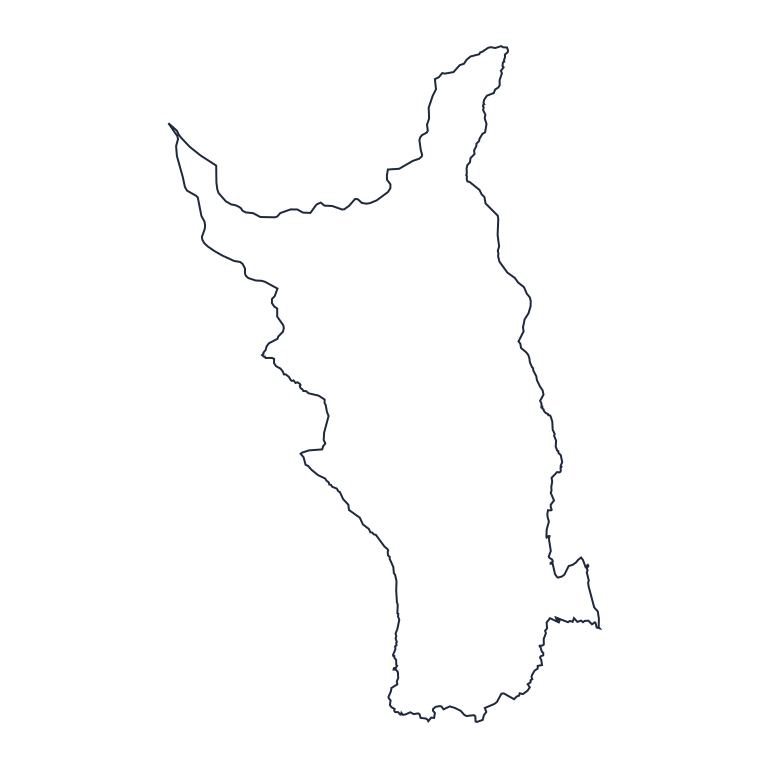 Duitama, Boyacá, Colombia (Robinson projection)
{"feature_id": "7082276B48386151421369", "entity_name": "Duitama", "entity_type": "district", "adm_level": 2, "iso_a3": "COL", "parent_name": "Colombia", "parent_adm1": "Boyacá", "projection": "robinson", "projection_center": [-73.056, 5.897], "detail": "fine", "context": "isolated", "style": "outline", "palette": "slate", "viewbox_px": 768, "rotation_deg": 0, "n_neighbors": 0, "source": "geoboundaries", "source_scale": "gbopen_adm2", "svg_char_len": 6088}
<svg xmlns="http://www.w3.org/2000/svg" viewBox="0 0 768 768"><path d="M507.8,52.1L508.0,50.3L507.0,47.5L503.1,47.3L501.1,46.1L495.3,48.0L490.9,47.2L488.3,47.7L482.2,51.8L480.2,52.4L479.3,54.2L470.5,56.5L466.6,59.7L464.0,63.7L459.7,65.2L453.5,72.1L444.9,73.6L442.2,73.1L438.9,77.2L434.9,79.1L436.0,89.3L432.7,95.8L428.7,107.7L429.1,118.5L427.0,124.8L427.8,130.6L426.7,132.6L421.9,135.2L420.1,137.6L419.4,140.2L420.8,150.2L422.1,154.8L421.7,156.5L419.2,158.7L412.8,160.9L399.1,168.8L387.9,169.5L386.9,175.3L387.0,179.7L390.4,184.3L390.4,188.2L387.9,192.1L376.6,200.4L370.1,203.1L366.5,203.7L361.8,202.9L357.9,199.3L355.2,198.9L348.9,206.0L344.2,209.3L342.1,209.5L332.2,206.0L324.4,205.6L320.7,202.6L316.5,204.5L310.4,212.9L303.0,212.6L297.4,209.5L290.6,209.4L280.2,213.1L277.3,216.5L274.9,217.3L260.3,217.0L253.2,213.2L245.7,212.4L242.5,210.7L241.1,208.4L239.1,206.9L235.4,205.2L231.2,204.4L225.8,201.3L218.6,193.1L217.3,189.4L216.4,182.4L216.2,165.6L200.6,155.5L189.9,147.0L180.9,137.5L178.6,134.4L176.9,130.7L168.4,123.2L177.4,136.2L178.0,139.1L176.1,146.1L176.9,156.0L182.8,177.1L184.9,186.9L187.0,190.6L196.1,195.8L197.8,197.5L201.4,215.9L204.5,221.6L205.1,225.5L204.7,229.2L201.9,236.8L202.3,239.6L204.2,243.1L207.7,246.4L214.2,250.9L222.4,255.6L234.0,260.9L240.2,262.0L242.6,263.9L245.0,268.5L245.0,273.2L245.7,275.6L248.4,278.1L255.7,280.5L261.6,280.8L265.0,281.8L277.5,288.6L274.7,296.2L272.0,298.9L271.9,303.1L274.3,306.6L277.2,308.5L277.2,316.6L283.3,325.3L283.8,328.1L283.0,331.6L278.2,336.6L277.5,338.8L268.9,343.3L266.6,346.4L265.6,350.1L263.4,352.7L263.5,353.9L262.0,355.0L263.9,356.7L264.9,356.6L265.6,358.0L271.7,357.9L274.1,358.8L274.0,363.0L275.9,366.1L280.5,368.6L282.8,371.5L283.9,374.4L285.8,374.4L288.9,376.9L290.9,380.3L292.0,380.9L293.5,380.4L295.6,383.0L297.4,382.3L299.7,383.7L300.5,385.0L299.8,385.9L300.6,388.2L302.3,389.2L303.3,391.0L306.0,391.1L308.6,393.3L318.5,395.6L324.6,399.5L324.6,403.1L325.7,405.0L326.9,411.7L328.6,416.0L324.1,432.7L323.7,439.9L325.3,443.5L323.1,446.2L322.2,449.4L308.9,450.4L301.9,452.7L300.6,453.8L303.5,457.1L305.6,464.8L308.1,465.9L311.5,469.8L318.2,475.2L325.1,478.5L326.6,480.8L328.7,482.3L329.3,484.5L331.0,484.9L332.1,486.7L336.8,488.6L338.3,491.3L339.9,492.1L343.1,499.1L348.3,504.7L349.0,510.0L359.8,517.7L362.9,524.4L368.9,529.0L370.4,532.3L372.1,532.5L373.8,534.3L375.9,534.9L384.4,546.5L387.6,549.2L388.2,550.5L387.7,551.9L388.0,555.3L389.7,556.9L389.7,558.9L393.3,567.0L393.9,573.2L395.1,574.8L396.5,581.2L396.2,590.5L396.9,602.1L397.7,604.6L397.4,613.3L398.3,613.9L398.0,616.5L399.3,619.7L397.4,628.9L395.6,633.5L396.3,636.3L395.6,638.4L396.8,642.0L396.2,643.0L396.5,645.3L395.1,646.4L395.4,649.2L393.0,655.0L393.4,656.1L394.3,656.0L394.5,658.0L396.1,659.8L396.3,665.1L397.1,665.8L395.9,667.7L393.9,668.2L393.6,669.6L396.0,669.6L397.9,672.2L398.2,678.1L396.8,681.5L397.3,684.4L391.4,688.0L391.0,691.1L388.5,696.9L388.9,698.5L390.6,700.4L389.9,705.0L391.4,707.2L394.6,708.9L394.2,710.6L395.1,712.0L398.2,712.2L400.2,714.5L401.0,714.5L401.4,712.9L402.8,714.8L405.3,714.5L410.3,712.3L413.7,714.1L418.2,713.4L419.5,714.2L420.6,717.9L425.7,718.5L427.4,719.5L428.3,721.2L431.2,717.6L434.1,717.9L434.9,713.0L432.9,710.6L433.1,708.9L435.7,706.8L439.9,706.1L441.5,706.5L443.5,709.3L449.8,706.4L454.8,707.9L460.8,710.9L464.2,714.8L466.4,716.0L473.9,715.2L475.3,716.2L475.6,721.5L477.1,721.9L482.7,719.9L483.9,715.2L486.3,711.9L484.8,708.0L494.4,703.9L496.9,702.0L501.4,693.7L503.8,693.4L514.1,699.2L516.7,696.5L519.1,695.6L519.7,693.3L522.9,694.1L527.5,690.7L529.8,687.4L527.7,684.2L530.6,682.3L530.5,680.3L532.3,679.2L531.5,677.1L531.9,675.3L534.6,670.6L537.7,668.6L537.7,665.9L542.0,665.1L541.3,660.1L540.0,657.5L540.7,656.3L543.2,655.3L543.3,652.9L541.8,651.6L540.6,647.3L539.6,646.4L539.7,645.7L542.2,645.6L543.8,644.6L543.7,638.9L545.9,633.2L545.1,630.8L547.1,628.3L546.6,622.6L550.0,618.2L558.8,622.4L559.5,620.7L556.6,619.4L555.9,617.5L568.0,622.2L570.0,620.9L572.6,621.8L574.0,618.1L577.4,621.9L581.0,620.6L583.0,622.2L584.7,620.9L588.4,620.7L592.0,624.3L594.9,622.3L595.4,622.6L596.7,627.5L599.6,628.3L598.7,627.2L598.9,618.9L597.8,611.5L594.2,607.4L588.6,586.4L588.1,582.6L588.8,580.6L586.8,572.4L587.6,570.1L586.7,568.5L588.4,566.0L587.8,564.9L585.5,566.8L582.9,559.9L581.1,557.5L577.9,560.1L576.0,562.5L572.5,564.9L568.7,566.0L564.5,574.5L562.1,576.4L558.6,577.5L557.3,577.3L555.0,574.1L552.7,563.8L550.6,563.7L550.6,563.0L552.8,561.6L552.2,559.6L549.4,557.8L548.7,556.5L550.8,551.0L548.9,538.8L549.6,536.2L548.6,536.0L546.6,537.5L546.4,536.7L546.7,529.4L548.9,521.6L547.5,516.6L547.4,513.5L548.0,510.2L550.9,510.4L551.7,509.8L550.7,506.9L550.8,504.6L554.0,500.5L550.7,492.7L551.5,491.0L551.3,486.7L552.2,481.7L551.6,477.8L557.1,472.1L559.6,472.4L560.3,471.8L560.8,470.8L560.5,468.0L561.5,466.8L560.6,466.0L562.2,462.2L560.8,455.2L558.5,453.0L558.3,451.1L557.2,450.6L555.7,446.6L556.1,440.7L554.1,435.8L554.7,434.0L552.7,429.8L552.3,421.6L550.6,416.3L550.0,415.4L548.3,415.2L548.0,414.0L545.8,413.1L543.8,410.8L543.6,409.4L542.4,408.6L542.3,406.8L541.4,407.1L541.5,403.6L540.1,400.8L543.5,394.7L542.6,390.3L540.1,386.7L536.9,380.1L536.3,376.3L533.2,370.3L533.1,368.2L532.0,367.2L529.9,362.3L529.4,358.3L528.2,354.9L526.4,352.5L521.0,347.9L520.3,343.6L518.5,341.5L523.6,331.4L523.0,327.4L524.6,319.4L528.5,313.3L530.6,306.2L530.7,300.6L529.7,297.2L526.8,293.7L524.0,287.2L518.0,282.4L514.9,278.0L507.4,272.6L499.4,261.6L498.1,256.2L498.4,253.6L497.8,250.7L499.1,246.5L497.6,234.9L498.3,218.9L497.7,215.6L485.6,203.5L484.4,197.0L481.7,194.4L479.4,189.8L469.5,181.9L467.5,181.5L466.7,179.3L466.9,176.0L466.2,175.1L466.8,173.6L466.6,168.2L467.4,165.1L470.0,162.2L470.5,158.1L474.5,154.1L474.1,150.3L476.3,146.2L476.5,143.6L479.2,140.9L479.3,139.2L482.4,133.9L485.1,132.3L486.5,123.9L484.7,118.2L485.4,114.7L483.1,110.0L483.7,107.3L482.9,106.2L483.4,104.6L484.2,104.3L483.5,102.8L484.2,99.7L486.9,95.7L493.8,93.0L495.1,89.6L498.4,87.4L499.7,85.2L499.6,80.2L501.9,73.3L500.9,70.8L503.6,67.3L502.5,66.1L502.9,62.5L504.3,61.6L503.9,60.3L505.0,57.3L504.9,54.6L507.8,52.1Z" fill="none" stroke="#1e293b" stroke-width="2"/></svg>